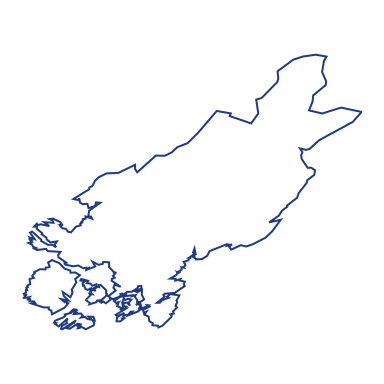 Os nor, Hordaland, Norway
{"feature_id": "86288312B99631604465694", "entity_name": "Os nor", "entity_type": "district", "adm_level": 2, "iso_a3": "NOR", "parent_name": "Norway", "parent_adm1": "Hordaland", "projection": "equal_earth", "projection_center": [5.41, 60.23], "detail": "fine", "context": "isolated", "style": "outline", "palette": "blue", "viewbox_px": 384, "rotation_deg": 0, "n_neighbors": 0, "source": "geoboundaries", "source_scale": "gbopen_adm2", "svg_char_len": 5871}
<svg xmlns="http://www.w3.org/2000/svg" viewBox="0 0 384 384"><path d="M315.9,54.7L303.0,56.5L293.2,59.7L277.6,71.2L278.3,78.7L277.3,82.0L261.6,98.0L256.2,99.6L258.3,113.5L251.1,123.4L229.7,116.1L230.8,113.4L216.7,111.0L198.0,132.9L187.5,143.2L177.3,147.2L171.8,152.3L165.1,155.7L155.9,155.6L137.2,172.3L135.1,169.0L135.1,164.8L118.4,172.9L106.6,173.4L98.9,177.1L95.0,180.9L92.4,185.9L89.3,187.5L89.3,189.2L73.4,199.0L78.6,200.1L79.2,198.2L80.1,202.8L82.8,204.2L87.4,203.8L88.5,208.0L95.1,206.1L96.0,202.4L100.2,202.8L89.1,210.7L88.3,216.3L91.0,216.6L92.1,218.7L85.5,216.4L85.7,218.7L82.8,219.1L83.0,220.6L81.2,222.1L82.0,222.7L80.2,223.9L80.7,225.3L76.0,226.6L71.0,232.4L68.0,231.7L65.8,228.8L62.5,228.3L60.4,226.1L61.5,225.4L60.0,224.8L61.8,224.2L60.2,222.1L53.0,218.6L49.6,219.1L52.3,220.3L53.4,222.8L44.1,222.2L49.3,226.1L40.8,224.3L37.7,225.1L36.8,223.7L34.1,226.6L36.9,226.7L36.7,228.6L42.3,233.3L41.7,234.4L46.4,237.5L46.7,239.5L50.5,242.4L56.9,241.4L54.6,244.9L56.2,247.3L52.1,244.8L47.9,244.8L41.2,241.0L41.2,239.6L32.0,231.5L30.0,232.7L34.6,239.1L29.7,237.5L30.8,239.1L28.7,238.5L31.4,240.1L30.5,240.4L32.0,242.0L28.6,243.0L32.0,244.4L33.0,246.8L36.0,248.0L34.3,248.6L37.1,250.0L46.1,248.9L47.7,251.1L60.4,251.9L58.1,255.1L58.5,257.3L66.3,262.7L64.6,263.2L65.2,264.6L73.1,266.3L78.4,265.5L83.2,268.2L86.4,267.7L86.3,269.1L88.0,268.4L87.2,269.6L95.2,266.5L92.5,261.7L98.5,264.8L102.7,263.9L103.2,261.9L109.1,262.4L109.1,267.1L113.7,271.9L116.5,272.9L113.7,272.5L114.6,274.4L112.9,275.9L114.7,277.8L111.9,278.9L111.6,280.7L120.7,286.8L114.6,284.7L113.4,287.8L115.7,290.5L108.8,295.8L110.3,297.9L112.9,299.1L116.5,297.9L121.8,295.4L120.5,294.1L121.9,293.5L124.6,295.5L125.5,294.5L123.7,294.5L127.2,291.9L132.0,291.7L137.7,287.9L138.1,286.1L141.3,286.0L141.5,288.4L135.2,291.3L137.3,292.2L142.0,289.8L141.8,294.9L144.1,299.4L139.9,302.2L141.4,307.0L142.2,306.5L140.9,308.0L141.3,310.2L141.6,308.7L147.1,306.2L146.6,305.1L148.9,305.3L148.2,305.9L149.4,306.6L143.0,310.0L143.8,312.7L146.3,311.7L144.3,314.6L148.6,316.6L149.3,321.1L152.8,323.2L152.4,325.2L158.0,325.7L158.5,327.4L162.3,325.8L171.2,317.2L171.7,315.8L170.3,314.3L173.7,313.6L173.0,311.5L177.0,307.5L175.5,306.0L177.2,302.1L176.5,300.5L179.4,295.4L170.2,294.1L167.1,296.7L168.9,297.7L162.2,300.1L159.9,302.7L157.1,302.8L164.6,296.5L163.4,294.9L164.7,293.7L174.7,292.9L184.8,286.0L183.8,284.1L184.8,281.7L179.8,280.5L180.5,279.1L175.3,280.6L175.6,278.8L170.2,278.6L176.2,275.1L177.6,273.3L177.0,272.1L178.6,272.9L180.5,271.6L178.8,272.0L178.5,271.7L181.6,269.7L181.4,267.2L184.1,267.7L183.6,266.9L185.5,265.2L183.7,261.9L188.5,260.3L188.9,258.4L190.0,258.1L191.2,257.4L189.3,257.5L194.7,253.7L193.1,252.5L194.5,248.5L195.7,254.3L193.3,255.7L194.2,256.6L193.4,257.1L196.3,259.0L195.3,259.5L202.1,259.0L207.3,255.8L209.6,251.1L226.8,244.2L228.3,244.5L227.3,245.7L232.0,244.4L229.1,246.7L231.3,249.6L240.7,245.2L246.3,246.5L252.9,244.2L265.5,237.7L272.2,231.3L280.8,219.7L269.1,222.4L278.9,215.6L282.0,210.6L287.3,206.7L287.1,205.5L297.2,197.7L298.5,193.4L306.6,183.0L307.4,180.1L314.2,175.0L315.1,170.3L311.2,167.7L307.7,167.8L301.8,159.2L301.1,155.4L302.4,152.1L300.0,148.4L306.1,149.8L309.5,149.0L319.3,140.1L352.8,121.9L360.9,112.8L361.0,111.8L341.0,107.6L322.2,113.5L309.1,110.4L312.6,101.4L313.2,95.4L325.7,85.0L326.2,81.4L322.1,72.0L324.0,60.8L326.5,56.6L315.9,54.7ZM52.0,260.1L48.1,262.5L49.7,266.7L49.0,267.3L45.8,267.6L45.5,269.4L40.0,269.2L34.2,272.2L34.8,273.1L32.2,275.8L33.8,277.9L29.6,279.0L30.2,284.2L27.6,285.3L26.8,287.0L28.6,286.8L26.4,287.9L27.1,290.1L26.0,289.9L25.8,292.7L24.2,293.6L27.0,295.1L24.3,295.0L25.3,297.1L23.0,298.1L29.1,297.2L28.0,298.1L29.5,298.7L28.2,299.6L30.1,300.1L29.6,301.5L33.7,301.3L35.2,302.9L31.9,303.6L43.5,307.4L48.9,307.5L48.7,309.4L51.3,310.6L52.0,314.3L64.7,307.6L68.2,303.3L66.9,303.1L66.8,300.6L65.4,300.4L66.4,301.0L64.6,302.1L61.1,299.1L68.5,300.6L63.8,296.0L62.9,292.1L70.4,297.2L72.5,292.9L71.7,289.7L76.3,282.5L75.2,279.0L79.9,275.2L75.3,272.5L70.6,272.7L70.1,270.5L64.5,268.6L59.3,263.1L52.0,260.1ZM74.5,312.1L76.9,310.3L76.1,309.5L73.4,309.3L70.4,312.2L72.3,311.8L71.0,313.0L64.8,314.5L65.5,315.6L63.3,317.4L55.2,320.7L54.1,322.7L56.3,323.1L55.3,324.1L58.7,326.4L67.7,318.5L66.2,321.8L67.1,323.1L62.1,325.9L61.0,328.8L62.3,329.3L76.1,320.3L73.6,322.8L74.9,323.6L73.4,322.8L66.6,328.1L69.8,328.7L77.7,323.7L80.9,324.4L79.8,326.7L78.3,325.7L77.4,325.9L79.1,327.8L78.1,327.9L77.9,328.2L79.3,328.0L81.0,326.7L85.8,329.2L93.6,325.4L94.3,323.2L92.7,320.5L94.8,320.6L93.5,316.8L88.5,316.6L91.9,319.8L87.5,319.0L85.0,316.9L80.9,317.6L82.9,315.6L80.9,313.5L74.5,314.0L75.6,313.1L74.1,313.3L74.5,312.1ZM131.9,296.1L132.4,295.2L120.3,296.8L114.0,300.9L116.1,302.8L118.6,302.2L117.1,303.8L118.1,304.1L117.2,306.1L121.3,308.0L120.1,309.8L123.2,308.1L122.2,302.8L123.8,298.3L125.1,300.0L128.0,298.8L131.4,299.5L128.7,302.5L129.9,305.7L127.1,302.6L124.2,302.9L123.4,304.4L124.0,306.2L126.4,306.6L125.3,308.4L126.2,308.4L115.7,314.9L117.4,316.3L124.5,312.8L117.2,317.0L116.5,321.3L120.2,321.4L123.3,319.0L122.4,318.4L124.5,317.9L123.2,316.4L123.7,315.1L128.1,314.8L130.7,311.7L132.7,311.6L131.5,313.1L125.8,316.3L139.0,311.1L137.7,311.4L139.5,310.2L138.9,308.6L140.4,306.4L138.6,303.8L135.9,305.0L139.0,302.0L137.1,302.0L137.4,300.3L134.7,296.5L135.6,295.1L131.9,296.1ZM88.1,280.8L81.2,279.0L80.4,280.5L85.2,281.1L82.7,282.9L82.9,285.7L84.2,285.5L85.4,288.9L87.8,289.9L90.8,288.4L90.5,290.0L95.5,287.1L96.4,287.6L94.1,289.3L95.7,291.1L93.6,289.7L91.9,290.5L90.4,292.3L92.2,294.2L89.5,293.8L90.3,295.4L86.5,299.1L86.1,300.2L90.0,303.2L89.4,304.3L96.4,302.2L97.3,300.4L100.8,300.4L105.2,296.7L99.8,301.6L101.3,302.7L103.2,301.4L105.8,303.3L110.6,299.6L108.7,295.9L105.9,295.9L106.9,294.1L105.9,292.9L106.3,290.4L100.7,285.0L98.7,285.2L99.1,287.1L96.2,286.1L96.3,284.3L92.4,285.7L90.3,283.6L86.8,283.1L88.1,280.8Z" fill="none" stroke="#1e3a8a" stroke-width="2"/></svg>